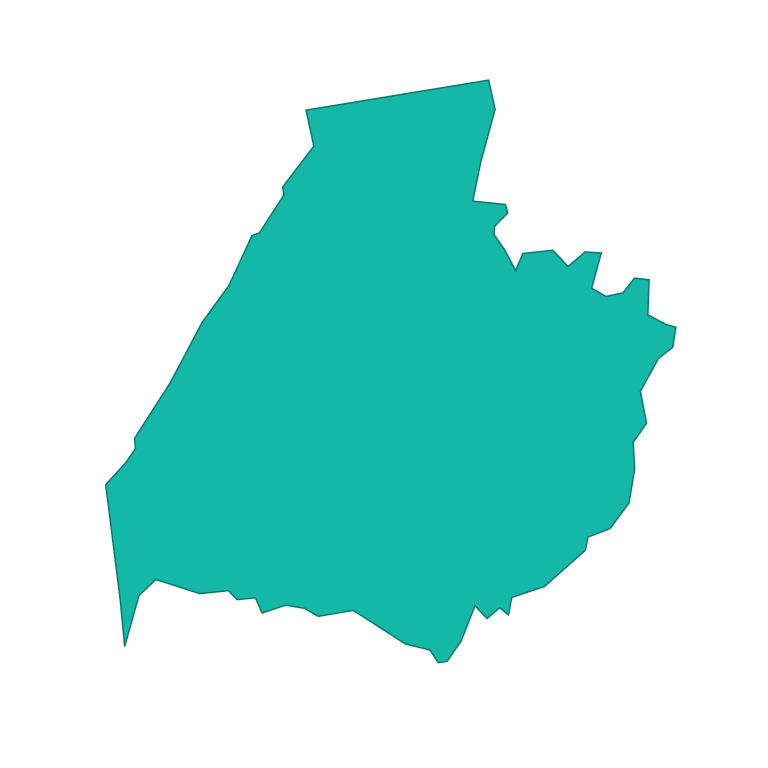 Torodi, Tillabéri, Niger, rotated 81°
{"feature_id": "23599985B58853598919637", "entity_name": "Torodi", "entity_type": "district", "adm_level": 2, "iso_a3": "NER", "parent_name": "Niger", "parent_adm1": "Tillabéri", "projection": "orthographic", "projection_center": [1.533, 13.115], "detail": "fine", "context": "isolated", "style": "filled", "palette": "teal", "viewbox_px": 768, "rotation_deg": 81, "n_neighbors": 0, "source": "geoboundaries", "source_scale": "gbopen_adm2", "svg_char_len": 1019}
<svg xmlns="http://www.w3.org/2000/svg" viewBox="0 0 768 768"><g transform="rotate(81 384 384)"><path d="M270.0,244.0L253.7,252.0L245.4,249.9L234.5,235.0L225.7,236.0L217.3,267.7L179.9,253.7L130.2,231.3L100.2,233.1L101.3,418.2L138.1,416.1L173.5,453.2L181.7,453.3L215.3,483.4L216.7,491.1L262.5,521.8L294.8,554.1L349.2,594.8L398.8,639.0L408.9,639.5L420.8,650.8L439.9,674.6L555.8,678.3L602.7,681.2L554.6,659.1L541.4,639.9L562.2,598.8L563.8,570.0L574.0,562.8L575.0,544.5L591.2,540.2L587.0,516.0L593.2,497.5L603.2,485.4L602.8,449.8L644.3,403.3L653.8,380.4L667.8,374.0L667.8,365.1L649.9,348.0L617.2,328.8L631.8,319.0L623.1,304.8L631.5,297.2L614.9,291.2L609.0,257.0L579.6,211.0L567.1,206.5L562.1,183.3L539.8,160.6L507.8,149.9L480.5,146.9L463.8,130.8L431.3,131.9L401.7,108.9L392.9,93.1L373.6,86.8L369.3,96.1L357.1,112.6L322.5,105.9L318.6,119.9L331.4,133.8L332.2,151.1L321.8,163.9L288.6,148.9L285.0,164.7L296.8,183.8L278.3,196.3L276.8,226.4L292.5,236.3L270.0,244.0Z" fill="#14b8a6" stroke="#0f766e" stroke-width="1.5"/></g></svg>